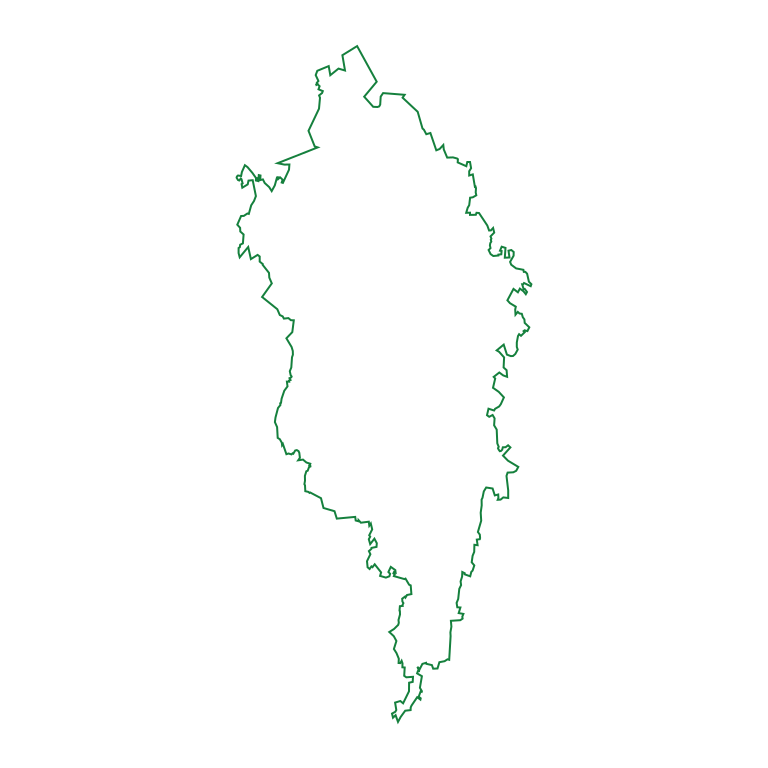 San Carlos, Córdoba, Colombia (Equal Earth projection)
{"feature_id": "7082276B45851614752586", "entity_name": "San Carlos", "entity_type": "district", "adm_level": 2, "iso_a3": "COL", "parent_name": "Colombia", "parent_adm1": "Córdoba", "projection": "equal_earth", "projection_center": [-75.703, 8.685], "detail": "fine", "context": "isolated", "style": "outline", "palette": "green", "viewbox_px": 768, "rotation_deg": 0, "n_neighbors": 0, "source": "geoboundaries", "source_scale": "gbopen_adm2", "svg_char_len": 6101}
<svg xmlns="http://www.w3.org/2000/svg" viewBox="0 0 768 768"><path d="M410.6,710.1L410.7,707.5L411.5,705.6L417.2,697.2L420.4,699.6L420.7,698.3L418.7,696.7L420.7,691.3L421.7,691.8L421.9,691.2L419.9,687.8L421.9,676.2L417.1,673.4L417.9,671.1L419.9,671.1L419.0,670.8L417.4,666.9L419.8,669.0L422.4,663.9L426.1,662.8L426.3,663.8L431.9,665.1L433.2,668.7L437.5,668.5L439.4,662.2L444.6,661.2L447.5,659.3L449.2,659.8L450.6,636.1L450.4,632.4L451.4,626.7L450.9,620.8L460.3,620.2L462.6,618.6L462.3,616.7L463.4,613.9L458.7,613.1L460.4,607.5L457.3,607.3L456.6,602.9L458.2,599.0L459.3,588.8L461.1,585.1L460.6,581.4L462.1,576.6L462.3,572.0L464.7,573.2L464.6,574.3L470.2,576.3L471.3,571.9L472.6,570.6L474.3,565.4L471.7,562.3L472.6,555.8L474.2,551.9L474.4,544.8L477.6,545.2L476.8,539.6L479.8,539.2L480.1,538.0L479.8,534.6L477.9,532.0L481.2,520.7L480.7,512.7L481.7,505.4L481.6,499.6L482.5,497.8L483.8,491.4L486.2,487.5L492.6,488.5L494.8,495.4L498.2,494.5L498.4,497.9L497.7,499.8L500.6,499.6L503.3,497.4L508.2,498.0L508.2,490.4L506.5,475.9L507.6,472.6L513.3,472.3L516.2,470.8L518.3,466.9L508.0,460.7L503.0,455.6L510.4,447.4L508.1,445.3L505.6,447.2L502.8,447.3L502.2,449.7L500.9,451.0L499.8,451.2L498.6,449.5L498.0,448.2L498.7,446.8L497.3,443.4L496.7,429.6L494.1,425.3L494.6,418.4L492.6,415.0L489.2,416.8L487.0,415.2L488.5,408.7L494.1,410.5L495.1,408.8L499.1,406.5L500.8,404.2L503.9,397.4L498.7,391.8L493.0,387.8L495.2,378.5L493.7,376.9L499.3,372.5L503.2,375.4L507.1,376.8L506.6,370.2L503.6,367.5L504.1,357.4L499.1,351.8L496.7,350.4L503.7,344.6L506.9,354.6L510.8,356.1L513.0,356.0L515.3,354.0L517.7,349.6L516.8,346.9L516.8,342.5L518.0,336.0L519.1,334.2L521.0,335.8L524.7,332.2L523.6,331.1L524.6,330.3L527.4,331.1L529.3,327.3L524.7,322.9L524.4,319.4L522.8,317.2L521.8,313.8L519.5,313.5L517.8,311.9L515.5,314.7L515.2,309.5L515.8,306.7L510.0,303.2L507.4,300.3L513.5,288.9L517.9,292.3L519.9,288.6L523.5,291.3L525.8,294.2L527.0,292.0L524.7,288.9L523.6,289.1L522.2,284.4L522.9,284.5L524.0,283.0L530.7,286.2L531.4,284.2L528.9,281.7L527.1,273.7L525.4,271.9L523.8,271.9L523.4,269.8L516.1,268.4L511.2,264.7L510.1,261.9L513.6,255.7L513.7,252.0L511.3,250.0L508.5,250.7L509.5,257.5L504.8,257.7L505.5,247.9L501.7,246.7L500.0,250.7L501.6,251.0L501.3,254.3L498.4,254.6L498.4,255.5L493.3,256.0L490.6,254.1L488.6,250.0L490.5,248.1L489.9,245.4L490.3,243.1L491.3,241.6L490.8,239.7L491.4,238.7L490.5,236.4L494.2,232.6L493.1,228.0L490.9,230.4L489.1,230.5L487.3,225.5L479.0,213.0L476.5,212.8L475.8,214.8L470.0,214.9L470.0,212.7L466.2,212.8L467.7,207.7L469.2,205.2L470.1,197.7L472.8,197.3L476.3,195.3L475.7,192.5L476.0,188.1L475.5,186.5L474.9,186.8L472.8,174.4L469.2,175.5L469.2,171.2L471.1,168.2L470.0,162.0L467.3,162.0L466.3,166.2L457.7,162.4L457.9,159.2L457.1,158.5L453.0,157.4L447.2,157.6L443.8,149.5L443.3,145.0L439.6,149.0L436.3,150.3L430.4,133.0L426.3,134.2L423.9,129.7L422.5,128.5L417.7,111.8L402.6,97.7L404.6,94.8L383.1,93.1L380.7,96.6L380.2,104.6L379.2,106.4L377.5,107.0L373.2,106.8L364.2,96.7L376.7,81.7L357.1,46.1L342.4,55.2L345.0,70.5L338.5,68.6L330.3,75.2L328.7,66.1L317.3,70.8L315.7,75.1L318.4,81.0L316.9,82.7L317.4,83.5L316.2,84.4L316.4,84.9L317.5,84.2L319.6,86.2L318.5,89.3L322.8,91.1L322.1,93.0L319.1,95.4L320.0,97.8L319.0,108.7L308.5,130.8L314.7,146.4L317.7,147.4L277.6,163.2L284.4,164.6L289.4,164.5L289.0,169.7L282.9,182.9L281.7,182.5L282.6,179.8L281.5,178.6L280.0,177.3L278.2,179.0L277.8,177.2L277.0,177.4L274.8,185.4L271.7,191.1L269.2,187.1L264.7,183.0L262.9,179.4L260.2,180.1L260.5,175.5L258.8,175.1L258.3,181.1L257.6,180.9L257.7,178.1L256.9,178.1L256.7,180.7L255.9,180.5L256.0,178.0L252.4,172.9L247.5,167.1L244.9,165.2L241.9,172.0L241.1,176.0L238.0,175.5L236.9,176.5L236.6,177.7L238.0,180.0L239.2,180.5L240.8,178.5L241.5,179.2L242.6,183.4L241.6,184.1L242.3,187.7L247.7,184.4L248.5,180.6L252.7,180.2L255.9,196.1L254.0,201.0L251.2,205.3L248.8,213.9L247.4,213.5L243.8,215.9L241.1,216.0L237.3,224.7L240.1,227.8L240.3,231.5L243.6,234.5L242.9,243.4L240.2,244.7L239.8,247.2L238.6,248.0L238.6,253.1L239.7,257.3L248.2,247.0L250.9,259.1L257.6,254.9L259.7,256.5L259.7,261.6L262.8,264.1L262.7,264.9L269.0,272.9L269.3,277.6L271.8,283.4L262.1,297.0L277.3,309.2L279.8,315.0L282.7,316.4L283.9,318.6L288.4,318.1L290.9,320.2L293.8,320.3L292.3,332.1L286.4,338.3L291.6,347.0L292.8,351.0L292.9,354.7L292.0,357.3L291.3,367.5L289.8,371.2L290.7,375.3L291.6,376.4L291.3,377.3L289.5,378.2L290.5,380.0L289.0,380.6L289.2,381.7L286.9,381.6L287.5,386.4L284.3,390.7L281.6,398.7L281.0,402.9L280.2,403.3L280.4,405.0L278.0,408.0L275.5,417.5L274.9,422.1L277.1,427.1L277.7,437.9L279.8,439.2L281.8,442.7L282.1,445.2L282.9,444.0L286.4,454.2L288.5,453.5L291.5,454.4L292.6,453.3L293.3,453.7L295.2,450.5L296.8,450.1L298.5,451.1L299.3,452.8L299.9,457.8L298.2,460.3L303.0,459.6L306.4,462.5L310.2,463.7L309.2,465.5L309.5,466.1L310.3,465.8L310.4,466.5L309.0,467.2L307.7,470.7L306.3,471.3L304.9,475.9L305.0,480.7L304.4,484.2L305.0,485.3L305.3,491.2L308.4,491.9L309.5,492.9L310.2,492.5L321.0,498.2L323.5,508.0L334.5,511.2L336.8,518.6L355.2,516.9L355.7,520.5L358.6,521.3L358.6,520.2L360.9,522.7L368.8,521.7L369.3,525.7L370.8,523.5L372.2,529.4L369.2,535.3L370.2,536.7L368.8,539.2L370.2,544.1L374.4,538.7L376.8,543.2L376.5,546.9L371.5,547.9L371.3,549.0L368.9,551.1L370.4,554.2L367.0,561.2L367.6,567.3L369.6,569.0L371.4,566.4L372.5,567.2L374.7,564.3L381.1,572.4L380.1,575.9L385.9,577.6L389.4,576.3L390.1,573.8L388.4,572.0L390.8,566.9L395.3,570.1L395.6,572.6L394.1,571.9L393.4,573.4L394.7,574.4L393.9,576.1L404.5,579.1L405.5,578.6L409.1,584.7L410.7,585.4L411.4,594.1L407.0,595.0L405.5,597.5L405.0,596.6L402.2,598.7L402.4,601.5L403.4,603.1L402.5,605.0L402.7,605.9L399.9,606.2L399.5,610.7L399.9,611.0L400.0,614.5L398.5,620.0L398.8,622.8L398.2,624.9L394.0,629.0L389.3,632.0L393.8,636.2L396.4,641.0L393.9,649.0L396.5,653.1L398.8,658.7L398.6,663.0L400.3,663.1L401.6,660.8L402.5,663.3L402.4,667.3L404.7,667.5L404.2,675.8L406.3,677.3L413.0,676.8L412.7,681.9L409.1,682.7L409.0,691.3L403.1,703.3L400.3,701.0L395.1,702.6L396.3,710.0L395.3,711.8L392.0,713.6L393.0,717.7L395.6,715.2L398.0,721.9L400.7,716.9L405.2,710.7L410.6,710.1Z" fill="none" stroke="#15803d" stroke-width="2"/></svg>